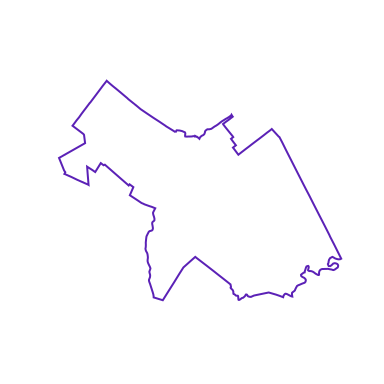 Parta, Timis, Romania, rotated 336°
{"feature_id": "2599482B10795171488461", "entity_name": "Parta", "entity_type": "district", "adm_level": 2, "iso_a3": "ROU", "parent_name": "Romania", "parent_adm1": "Timis", "projection": "orthographic", "projection_center": [21.142, 45.621], "detail": "fine", "context": "isolated", "style": "outline", "palette": "violet", "viewbox_px": 384, "rotation_deg": 336, "n_neighbors": 0, "source": "geoboundaries", "source_scale": "gbopen_adm2", "svg_char_len": 5769}
<svg xmlns="http://www.w3.org/2000/svg" viewBox="0 0 384 384"><g transform="rotate(336 192 192)"><path d="M301.2,313.6L300.8,304.6L300.5,297.9L300.0,289.1L300.0,287.0L299.5,277.0L298.8,264.6L298.1,251.4L297.7,243.1L297.3,237.1L296.9,230.1L296.1,214.7L294.9,191.1L294.6,183.6L294.2,177.3L293.8,176.8L291.2,169.0L290.5,166.9L290.2,167.0L287.9,167.6L284.7,168.3L280.8,169.3L278.7,169.8L275.4,170.6L272.3,171.3L265.5,172.9L262.7,173.6L258.4,174.6L255.2,175.4L254.3,175.6L249.5,176.8L248.0,170.1L247.5,168.1L251.1,167.2L249.9,162.2L249.3,159.3L252.0,158.6L251.7,157.1L250.2,151.5L248.8,146.2L248.1,143.3L248.0,142.5L251.3,141.7L255.2,140.9L256.0,140.7L256.6,140.6L257.2,140.4L257.9,140.2L258.6,140.1L259.8,139.8L259.7,139.5L259.7,139.2L259.7,138.8L259.6,138.3L259.5,137.6L259.4,137.7L258.2,138.1L257.9,138.2L257.6,138.3L257.1,138.3L256.5,138.5L255.6,138.6L254.5,138.8L252.9,138.9L251.6,139.1L251.3,139.1L250.3,139.3L249.4,139.4L248.7,139.5L247.9,139.6L247.2,139.8L246.2,140.0L244.8,140.4L244.0,140.6L243.2,140.8L242.3,141.0L241.4,141.1L240.4,141.3L239.7,141.3L239.1,141.4L238.0,141.6L237.1,141.8L236.1,142.0L235.5,142.1L235.0,142.1L234.7,142.0L233.5,141.8L233.2,141.7L232.8,141.5L232.0,141.2L231.7,141.0L231.3,141.0L231.1,141.0L229.9,141.3L229.5,141.4L229.2,141.5L228.7,141.9L228.5,142.1L228.3,142.3L228.2,142.6L227.8,143.1L227.5,143.4L227.0,143.9L226.8,144.1L226.4,144.3L225.9,144.4L225.3,144.6L224.7,144.6L224.1,144.6L223.4,144.7L223.0,144.9L222.6,144.9L221.9,145.2L221.5,145.5L221.3,145.6L220.9,145.9L220.4,146.4L219.6,144.6L219.4,144.3L219.3,144.2L219.1,143.9L219.1,143.7L218.9,143.4L218.6,143.2L218.4,143.2L218.0,142.4L217.6,141.9L217.1,142.3L217.0,142.1L215.9,141.5L215.6,141.4L215.4,141.4L214.9,141.3L214.4,141.2L214.0,141.0L212.7,140.5L211.1,139.8L210.0,139.4L209.4,139.1L208.4,138.5L208.5,137.9L209.4,136.3L209.8,135.6L209.8,134.6L207.7,132.3L205.7,130.8L203.3,129.5L203.0,129.4L202.1,130.0L201.1,130.7L201.3,130.6L198.4,126.3L196.9,124.1L195.3,121.8L194.9,121.2L194.8,120.9L193.3,118.5L190.8,114.5L186.9,108.5L182.2,101.0L178.8,95.5L178.2,94.3L176.8,91.4L173.1,84.2L171.6,81.3L171.4,80.8L171.1,80.0L169.3,76.3L167.8,73.2L165.1,67.7L162.8,63.2L161.2,59.9L159.3,55.7L159.0,55.9L153.7,58.7L144.4,63.9L135.2,69.0L134.9,69.0L128.8,72.4L126.4,73.7L122.8,75.7L119.3,77.8L115.5,79.7L112.9,81.2L109.8,82.9L115.6,93.4L116.4,94.9L116.6,95.9L114.2,103.9L84.4,106.8L84.0,118.0L83.9,120.4L84.1,121.3L84.3,122.4L82.8,123.6L83.1,123.9L88.0,129.3L92.3,134.4L100.2,143.1L100.4,143.4L104.2,132.6L106.5,126.2L107.0,127.0L109.9,131.4L111.7,134.4L115.4,131.9L120.4,128.5L122.1,131.6L123.5,131.6L132.3,150.6L136.4,159.4L136.8,160.3L138.1,159.6L140.4,163.7L133.9,169.7L136.1,173.1L139.1,177.8L141.4,181.5L142.9,183.1L143.3,183.6L143.4,183.8L147.7,187.9L149.1,189.1L151.8,191.9L149.8,193.5L148.1,194.9L147.7,195.8L147.4,197.1L147.2,199.2L146.9,200.9L146.2,202.5L145.8,202.8L145.2,203.0L144.2,203.2L143.6,203.5L143.0,204.1L142.6,205.2L142.2,207.0L141.6,209.1L141.3,209.6L140.7,210.4L139.9,210.8L139.4,210.8L138.4,210.7L137.3,210.5L136.6,210.7L136.0,211.0L135.3,211.6L134.3,212.4L132.4,214.0L131.5,215.4L130.4,217.3L129.2,219.4L128.3,221.6L127.3,223.6L126.5,224.7L126.2,225.7L126.0,227.0L126.1,228.3L126.2,229.7L126.0,230.9L125.6,232.3L125.1,233.8L124.5,234.9L123.7,236.2L123.2,237.5L123.0,238.9L123.0,240.6L123.1,243.0L123.0,244.8L122.4,245.6L121.6,246.4L120.6,247.5L120.3,248.7L120.1,250.4L119.7,251.5L119.0,252.7L118.3,253.4L117.0,254.7L116.6,255.6L116.4,257.0L116.3,258.9L115.8,263.4L115.3,267.9L115.0,270.0L114.4,272.0L114.1,272.7L116.4,274.7L121.3,279.0L133.1,271.1L138.8,267.3L147.0,261.7L153.5,257.4L162.9,254.4L168.6,252.6L169.4,254.2L175.7,265.8L179.5,272.9L181.8,277.3L185.2,283.7L189.6,292.1L189.5,292.3L189.4,292.7L189.3,293.4L189.1,294.3L188.9,294.7L188.7,294.8L188.4,295.0L188.3,295.6L188.6,296.1L188.6,296.5L188.9,297.1L189.1,297.7L189.3,298.2L189.3,299.0L189.3,299.6L189.0,300.3L188.8,300.9L188.5,301.6L188.5,302.1L189.0,302.5L189.3,302.9L189.6,303.5L189.7,303.9L190.0,304.5L190.6,304.9L191.1,305.1L191.4,305.3L191.7,305.5L191.7,306.1L191.3,307.3L190.7,309.0L190.7,309.5L191.4,309.8L192.3,309.7L192.9,309.6L193.4,309.4L194.5,309.2L195.2,309.3L195.7,309.4L196.3,309.2L197.4,308.9L198.1,308.6L198.6,308.3L199.1,307.9L199.4,307.6L199.6,307.6L200.1,307.8L200.4,308.1L200.5,308.5L200.6,309.1L200.6,309.7L200.9,310.2L201.3,310.5L201.6,310.9L202.1,311.2L202.7,311.5L203.1,311.8L206.4,311.8L207.0,311.9L215.3,313.7L221.2,315.0L227.1,320.0L230.0,322.7L232.5,325.2L233.5,323.9L235.0,323.1L235.9,322.9L237.0,323.6L238.7,325.7L239.7,327.0L240.4,327.8L241.1,328.3L241.7,326.1L242.1,325.3L242.5,324.7L243.2,324.5L245.0,324.1L245.4,324.0L246.0,323.7L246.9,322.8L248.1,321.8L249.7,320.6L250.4,320.5L251.2,320.4L252.7,320.5L255.1,320.5L256.8,320.6L258.0,320.7L259.1,320.2L259.7,319.5L260.2,318.7L260.2,317.8L260.0,317.1L259.6,316.1L258.2,314.4L257.6,313.1L257.9,312.0L258.6,311.7L259.9,311.4L261.3,311.1L262.2,311.3L262.9,310.2L264.1,308.9L265.1,307.7L266.3,306.6L267.2,306.6L268.1,306.8L268.3,307.4L267.9,308.5L266.9,309.7L266.2,310.6L266.3,311.0L266.6,311.5L267.1,312.0L268.3,312.5L269.1,313.1L270.0,314.0L270.6,314.9L271.7,316.9L273.0,318.6L273.6,319.2L274.1,319.4L274.5,319.1L274.8,318.4L275.2,317.5L275.7,316.7L276.3,316.0L277.6,315.3L278.9,315.2L279.9,315.4L281.0,315.9L282.5,316.5L285.1,317.6L286.6,318.7L288.0,319.6L288.8,320.4L289.6,320.9L291.0,320.9L293.2,320.4L294.4,320.2L295.1,319.5L295.6,318.7L295.7,318.0L295.6,317.3L295.4,316.8L294.6,315.9L293.5,315.1L291.9,314.8L290.4,315.4L288.9,315.8L288.1,315.9L286.8,315.3L286.7,314.7L286.8,313.5L286.8,313.1L287.1,312.8L287.9,312.2L288.7,310.8L289.7,309.6L291.2,308.6L293.3,308.4L293.9,308.4L294.7,309.4L295.8,311.0L297.4,312.4L298.8,313.3L299.6,313.5L300.1,313.7L301.2,313.6Z" fill="none" stroke="#5b21b6" stroke-width="2"/></g></svg>